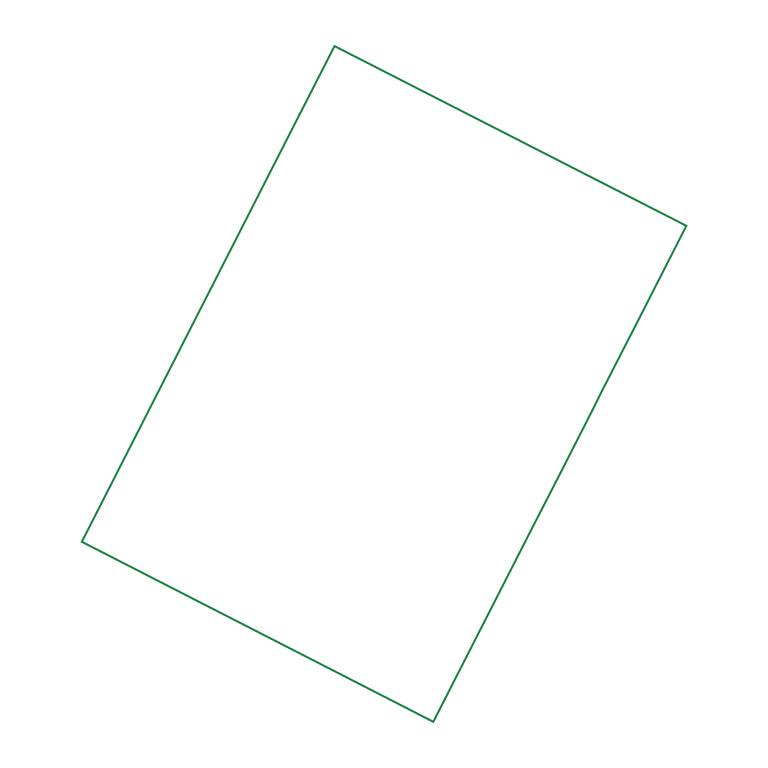 outline of Martin, Minnesota, United States of America, rotated 297°
{"feature_id": "52423323B83140229851985", "entity_name": "Martin", "entity_type": "district", "adm_level": 2, "iso_a3": "USA", "parent_name": "United States of America", "parent_adm1": "Minnesota", "projection": "robinson", "projection_center": [-94.489, 43.674], "detail": "fine", "context": "isolated", "style": "outline", "palette": "green", "viewbox_px": 768, "rotation_deg": 297, "n_neighbors": 0, "source": "geoboundaries", "source_scale": "gbopen_adm2", "svg_char_len": 334}
<svg xmlns="http://www.w3.org/2000/svg" viewBox="0 0 768 768"><g transform="rotate(297 384 384)"><path d="M483.3,581.4L531.3,581.5L543.3,581.6L662.2,581.6L662.6,186.5L550.9,186.4L106.2,186.4L105.4,581.3L324.5,581.4L370.6,581.6L375.0,581.6L458.0,581.6L479.5,581.3L483.3,581.4Z" fill="none" stroke="#15803d" stroke-width="2"/></g></svg>